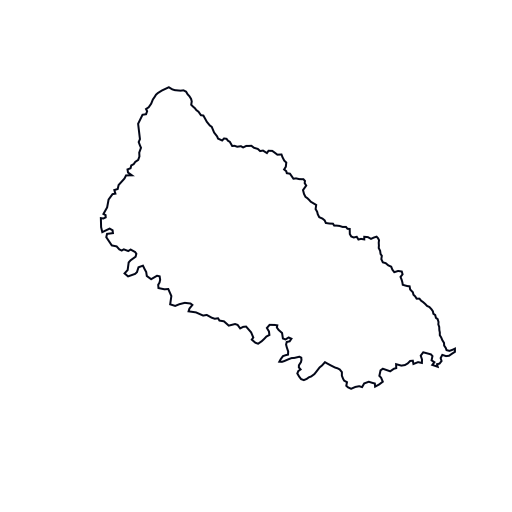 outline of São Pedro do Sul, Rio Grande do Sul, Brazil, rotated 238°
{"feature_id": "56859067B93092116954430", "entity_name": "São Pedro do Sul", "entity_type": "district", "adm_level": 2, "iso_a3": "BRA", "parent_name": "Brazil", "parent_adm1": "Rio Grande do Sul", "projection": "mercator", "projection_center": [-54.269, -29.603], "detail": "fine", "context": "isolated", "style": "outline", "palette": "ink", "viewbox_px": 512, "rotation_deg": 238, "n_neighbors": 0, "source": "geoboundaries", "source_scale": "gbopen_adm2", "svg_char_len": 4546}
<svg xmlns="http://www.w3.org/2000/svg" viewBox="0 0 512 512"><g transform="rotate(238 256 256)"><path d="M208.5,368.5L209.2,365.7L209.6,362.6L212.7,360.9L214.9,358.0L212.7,356.6L214.9,354.1L215.7,351.6L218.9,351.6L219.9,348.7L222.1,347.1L224.9,347.2L229.3,349.8L230.6,348.0L233.0,347.7L234.8,344.8L237.3,342.7L239.1,340.4L240.4,338.4L242.6,338.4L244.6,335.5L247.0,332.7L249.8,333.1L252.5,332.2L255.4,330.2L258.7,330.5L261.1,331.3L264.2,331.4L267.4,334.1L273.0,331.2L275.4,330.8L277.8,330.2L279.9,329.3L283.2,329.6L287.0,330.8L289.1,335.9L292.0,335.9L293.7,337.3L296.0,336.9L298.2,333.5L300.6,331.1L301.7,328.7L307.8,328.4L309.9,326.0L311.9,326.6L314.5,325.7L315.9,328.6L319.2,331.2L321.9,330.5L325.6,330.8L328.6,331.4L330.6,327.8L333.3,326.8L336.5,325.5L338.6,322.4L337.5,319.8L341.7,317.8L342.8,315.1L345.8,314.3L348.9,311.6L351.9,310.5L353.0,308.5L354.5,306.1L354.9,302.6L357.1,301.4L358.6,298.0L360.8,296.2L361.9,294.1L366.7,294.3L368.6,293.3L371.0,293.1L372.6,291.2L371.9,288.5L375.7,286.0L378.0,286.4L382.9,285.9L389.0,286.9L391.1,286.0L395.9,285.4L403.0,285.8L404.6,283.9L408.8,283.7L411.4,282.7L413.7,282.5L416.3,281.7L418.6,281.2L421.1,283.4L423.6,284.2L426.8,284.2L429.4,283.7L432.4,283.8L434.9,282.3L436.2,279.6L439.7,275.0L441.7,273.3L445.3,271.5L446.2,264.0L446.2,259.1L445.8,256.7L444.6,254.3L443.4,251.5L440.7,247.8L439.0,243.8L438.9,240.6L436.5,240.4L434.5,237.9L435.9,234.6L430.6,226.1L416.6,219.5L414.8,216.9L411.4,216.2L408.7,215.8L405.6,211.8L402.2,209.9L399.9,207.0L399.8,203.5L398.7,200.9L398.9,198.2L396.9,196.1L397.5,192.9L394.6,191.7L390.2,193.5L391.7,191.0L393.2,188.5L391.4,185.5L389.0,177.1L386.1,174.2L387.0,170.8L383.4,169.8L384.5,167.1L382.0,160.9L379.8,158.9L376.1,155.5L372.5,148.9L370.4,150.1L368.4,149.0L368.7,146.4L370.3,144.5L362.5,139.9L357.7,138.3L356.8,146.4L353.8,148.0L351.2,146.8L353.7,141.4L351.3,139.0L341.4,139.3L338.0,142.9L334.0,143.6L331.8,145.0L331.7,147.4L327.9,150.3L327.9,153.1L323.4,155.6L321.3,155.7L319.2,153.5L318.8,147.3L318.0,144.6L312.1,139.7L310.9,135.3L306.5,136.7L304.9,144.0L305.4,146.5L308.7,150.4L307.7,155.0L304.1,154.6L300.6,154.4L296.9,152.8L291.9,154.8L291.7,161.6L289.8,163.5L286.6,162.1L284.6,160.1L283.4,157.8L280.5,156.3L276.2,160.8L274.5,164.1L266.9,163.0L260.5,157.6L256.5,161.0L255.7,165.6L254.0,170.8L250.4,175.3L248.2,176.1L246.7,171.7L244.8,169.5L240.0,175.2L233.5,179.6L232.1,183.0L227.2,185.7L224.6,187.8L223.3,190.8L220.6,190.8L217.6,194.2L211.4,196.0L209.4,202.2L207.3,203.9L203.0,204.2L202.7,207.6L201.4,210.2L193.8,211.4L188.3,210.5L187.3,208.1L182.8,209.5L180.5,211.3L180.7,215.7L181.4,219.2L182.2,222.2L181.9,225.5L185.1,227.0L189.2,227.1L190.4,231.0L187.8,235.1L185.9,237.3L184.3,235.8L181.3,236.0L176.9,237.3L171.8,235.1L169.6,236.8L169.6,240.5L167.1,242.2L165.8,239.3L166.8,236.5L165.0,234.6L162.2,233.7L158.0,232.7L155.4,230.9L156.2,228.5L156.8,225.8L155.4,222.3L154.0,219.8L152.5,221.9L151.9,224.3L151.2,229.0L150.6,232.0L149.2,234.6L147.6,239.4L145.8,240.5L143.8,239.5L142.2,237.9L140.6,234.5L138.8,233.3L136.2,233.7L136.0,230.9L134.5,228.8L130.9,228.7L127.7,229.0L125.4,230.8L124.9,233.9L125.1,236.6L124.6,238.9L124.9,242.9L125.8,245.5L127.8,250.9L128.2,254.1L129.4,258.2L127.0,259.5L123.5,261.5L119.4,264.0L117.6,265.6L115.4,266.9L112.0,267.3L109.0,265.4L105.8,264.8L103.6,264.7L100.8,266.3L98.1,263.8L95.9,264.4L93.0,266.3L92.3,270.9L90.9,274.5L88.6,276.5L90.6,280.2L89.6,285.0L86.8,287.4L84.9,289.2L82.1,287.8L81.8,292.2L82.2,296.9L86.5,297.6L89.0,297.1L93.0,301.0L93.2,303.8L87.1,308.7L87.3,313.2L86.6,315.5L90.0,317.5L86.0,321.2L84.6,324.5L84.5,327.8L85.3,331.1L84.1,333.5L81.0,332.3L80.1,337.2L77.4,340.0L80.2,341.9L84.2,342.9L85.7,346.8L79.9,352.2L77.6,352.6L74.5,349.6L71.4,351.0L70.2,347.8L65.8,351.4L68.3,352.2L67.5,354.6L68.6,357.7L71.6,358.5L73.4,361.6L70.4,364.1L69.1,366.8L69.3,370.7L69.3,373.9L72.0,375.6L72.3,373.1L73.0,369.8L75.2,367.7L77.4,368.2L80.3,368.1L82.7,369.4L85.9,369.4L88.9,369.9L91.4,369.9L93.8,371.4L96.0,372.2L98.8,373.8L101.4,374.4L103.3,375.8L106.3,376.6L108.2,375.8L111.0,376.7L113.0,375.8L115.3,376.7L117.8,376.6L120.9,376.0L123.0,374.6L125.6,374.1L128.3,373.3L130.7,372.3L133.2,372.0L134.7,369.6L137.4,369.6L139.7,369.0L142.1,369.8L145.9,369.0L148.9,370.2L150.3,368.4L151.9,366.9L153.8,365.2L156.2,366.2L158.6,366.9L161.7,367.5L162.8,370.6L165.6,371.4L168.0,368.6L169.0,364.7L172.2,364.4L175.3,365.0L178.0,363.2L181.2,362.2L183.4,360.2L186.9,360.6L189.5,362.8L191.7,362.7L194.6,364.0L197.7,364.3L199.8,365.8L202.2,367.1L204.2,368.7L206.4,368.9L208.5,368.5Z" fill="none" stroke="#020617" stroke-width="2"/></g></svg>